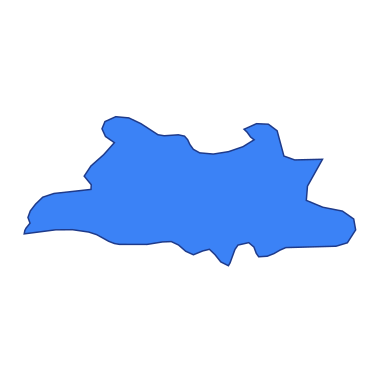 SVG path tracing the border of Phuket, rotated 273°
{"feature_id": "THA-377", "entity_name": "Phuket", "entity_type": "Province", "adm_level": 1, "iso_a3": "THA", "parent_name": "Thailand", "parent_adm1": "", "projection": "mercator", "projection_center": [98.341, 7.98], "detail": "fine", "context": "isolated", "style": "filled", "palette": "blue", "viewbox_px": 384, "rotation_deg": 273, "n_neighbors": 0, "source": "natural_earth", "source_scale": "10m", "svg_char_len": 1113}
<svg xmlns="http://www.w3.org/2000/svg" viewBox="0 0 384 384"><g transform="rotate(273 192 192)"><path d="M247.4,251.3L249.9,247.7L254.6,243.9L257.4,240.7L263.6,252.8L263.7,264.7L257.6,273.8L232.7,281.9L229.4,292.9L231.5,320.6L203.9,307.0L189.6,306.6L183.6,323.5L180.8,343.2L173.5,354.9L162.7,357.4L149.4,349.8L145.4,338.7L141.4,288.6L138.5,282.8L134.8,277.1L131.8,270.5L130.8,262.0L134.1,259.4L140.3,256.7L144.4,251.3L141.4,240.7L136.9,237.9L123.2,233.7L120.3,232.2L123.7,224.4L130.7,218.2L135.7,212.4L133.7,205.8L129.4,196.7L132.5,188.8L138.4,181.3L141.4,173.9L140.6,165.2L137.3,149.8L135.9,122.2L136.5,117.2L138.4,111.4L144.4,99.1L146.6,91.0L148.1,74.7L147.1,57.8L141.4,26.6L144.9,27.1L147.3,28.2L152.4,31.9L158.0,29.5L164.6,31.5L171.8,36.5L179.0,43.2L183.3,54.2L189.3,91.0L194.0,91.0L202.2,83.5L212.7,89.7L224.6,101.8L237.2,111.9L242.9,102.7L250.4,98.8L257.8,101.4L263.2,111.9L262.7,125.0L257.6,137.4L247.4,155.0L246.7,161.3L248.4,175.4L247.4,181.6L244.0,184.9L239.3,187.4L234.7,191.1L231.5,197.6L231.0,211.3L234.2,226.4L239.9,240.5L247.4,251.3Z" fill="#3b82f6" stroke="#1e3a8a" stroke-width="1.5"/></g></svg>